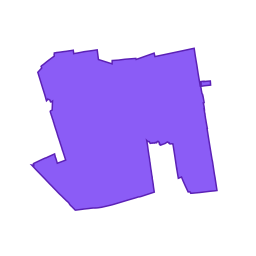 the district of Colceag, Prahova, Romania, rotated 100°
{"feature_id": "2599482B36947039095978", "entity_name": "Colceag", "entity_type": "district", "adm_level": 2, "iso_a3": "ROU", "parent_name": "Romania", "parent_adm1": "Prahova", "projection": "robinson", "projection_center": [26.382, 44.938], "detail": "fine", "context": "isolated", "style": "filled", "palette": "violet", "viewbox_px": 256, "rotation_deg": 100, "n_neighbors": 0, "source": "geoboundaries", "source_scale": "gbopen_adm2", "svg_char_len": 5334}
<svg xmlns="http://www.w3.org/2000/svg" viewBox="0 0 256 256"><g transform="rotate(100 128 128)"><path d="M88.8,226.5L104.0,218.7L109.0,216.1L112.7,214.3L113.8,213.8L115.0,213.2L115.4,213.0L115.0,212.7L114.6,212.5L114.4,212.4L113.7,212.3L113.5,212.2L113.6,211.9L113.7,211.7L113.8,211.6L113.7,211.3L113.6,211.2L113.7,210.7L113.9,210.3L114.0,209.9L114.2,209.6L114.4,209.4L114.6,209.4L115.3,209.1L115.5,209.0L115.7,208.8L115.8,208.6L115.7,208.3L115.6,208.1L115.4,207.9L115.1,207.5L114.6,207.0L122.2,206.0L122.6,205.9L123.3,205.9L123.5,205.9L123.7,206.1L123.9,206.3L124.2,206.8L124.7,207.3L124.8,207.4L125.0,207.5L125.9,207.2L126.4,206.9L126.7,206.8L127.1,206.5L127.6,206.3L128.0,206.1L128.6,205.8L129.1,205.5L129.9,205.0L130.4,204.8L130.7,204.7L130.8,204.6L131.4,204.3L132.5,203.7L133.5,203.1L133.9,202.9L134.5,202.7L135.9,201.9L137.6,201.1L139.3,200.2L140.7,199.5L142.9,198.3L145.1,197.1L146.6,196.4L149.3,195.0L150.5,194.3L152.2,193.4L153.5,192.7L154.9,192.0L157.7,190.5L159.4,189.6L161.1,188.8L162.4,188.0L164.0,187.2L164.5,186.9L170.4,183.8L171.7,185.9L175.0,191.5L173.2,192.4L171.8,193.1L170.2,193.9L170.0,194.0L169.9,194.2L169.8,194.3L169.6,194.4L169.4,194.5L167.6,195.2L167.1,195.5L166.3,195.8L169.1,199.9L170.6,202.1L171.5,203.3L172.0,204.4L172.9,205.7L173.3,206.3L178.9,214.2L179.5,214.9L179.9,214.7L180.1,214.5L180.2,214.4L180.4,214.4L180.5,214.5L180.8,214.6L181.0,214.5L180.9,214.8L181.0,215.1L181.1,215.8L181.2,216.0L181.2,216.4L185.2,211.1L192.8,200.6L193.5,199.7L196.9,195.1L197.7,193.9L198.1,193.4L198.8,192.3L199.5,191.5L202.4,187.4L203.1,186.5L204.9,184.0L206.7,181.2L207.5,180.1L208.0,179.4L209.0,177.9L210.6,175.6L210.7,175.3L210.7,175.2L210.8,174.9L211.1,174.6L212.0,173.4L212.2,173.2L212.4,172.9L213.1,172.4L213.3,172.2L213.7,171.7L214.0,171.5L214.2,171.2L214.4,171.0L214.5,170.7L215.0,169.9L215.8,168.8L216.8,167.4L217.2,166.8L217.6,166.4L217.8,166.1L217.9,165.9L218.0,165.4L217.9,165.1L216.2,159.6L215.5,157.5L214.9,155.4L214.1,152.6L213.3,150.1L212.8,148.3L212.7,147.5L212.5,146.6L212.1,144.8L211.4,142.4L211.2,142.0L210.9,140.9L210.2,139.2L208.6,135.4L207.7,133.3L206.7,131.0L205.8,129.1L204.3,126.1L198.7,115.0L195.3,108.1L194.1,105.9L193.8,104.7L193.3,103.5L186.6,91.0L181.5,92.7L179.1,93.4L175.6,94.6L173.7,95.3L172.4,95.6L171.5,95.9L170.0,96.5L166.5,97.6L164.0,98.5L158.2,100.3L157.0,100.8L155.5,101.2L154.8,101.4L153.4,101.9L151.7,102.5L150.1,103.1L149.6,103.2L147.6,103.9L144.1,105.0L141.5,105.8L139.4,106.6L138.0,107.0L137.0,107.4L137.4,106.8L137.6,106.3L137.8,105.9L137.9,105.6L137.9,105.3L137.8,105.0L137.7,104.9L137.7,104.7L137.8,104.6L138.0,104.4L138.4,104.2L138.8,103.9L139.1,103.7L139.3,103.4L139.2,103.2L138.9,102.5L138.8,102.3L138.8,102.1L138.8,101.8L138.7,101.4L138.6,101.2L138.4,101.1L138.4,100.9L138.3,100.7L138.3,100.4L138.3,100.1L138.4,99.9L138.4,99.6L138.2,99.3L138.0,99.1L137.8,99.0L137.6,98.8L137.5,98.7L137.6,98.3L137.8,98.1L137.8,97.9L137.8,97.7L137.5,97.2L137.3,97.2L137.1,97.1L136.9,97.1L136.6,97.1L136.4,97.0L136.3,96.8L136.2,96.6L136.1,96.4L135.9,96.2L136.0,95.9L136.3,95.8L136.4,95.7L136.5,95.5L136.5,95.3L136.5,95.2L136.6,94.8L136.8,94.7L137.1,94.6L137.7,94.5L137.8,94.5L138.2,94.4L138.3,94.3L138.5,94.2L138.5,93.9L138.5,93.6L138.5,93.4L138.9,93.5L139.1,93.5L139.2,93.4L139.3,93.2L139.2,92.9L139.0,92.5L138.7,92.0L138.1,91.1L136.8,88.8L136.5,88.5L136.3,88.2L136.0,88.0L135.8,87.7L135.4,87.4L134.9,86.8L134.9,86.7L135.0,86.5L135.1,86.4L135.2,86.2L135.3,85.6L135.3,85.3L135.2,85.2L135.3,85.0L135.9,85.0L136.0,84.9L136.1,84.7L136.1,84.3L136.3,84.2L136.4,83.8L136.3,83.4L135.9,82.1L135.8,81.7L136.1,81.3L136.0,81.0L138.8,80.0L147.0,77.2L153.6,75.0L159.3,73.1L159.2,73.0L160.0,72.7L160.1,72.8L168.8,69.7L167.0,66.8L168.9,65.6L170.5,64.6L175.7,61.1L176.5,60.5L180.5,57.7L180.4,57.1L180.2,56.2L180.2,55.9L180.4,55.5L180.8,55.2L181.0,55.2L181.4,54.9L181.0,53.2L179.1,46.2L175.9,35.7L174.9,32.0L174.2,29.8L174.1,29.5L169.1,31.2L163.2,33.2L161.7,33.7L159.0,34.7L156.4,35.6L155.2,36.0L146.8,38.8L146.0,39.1L145.2,39.4L144.6,39.7L127.2,45.8L114.7,50.1L114.6,49.8L113.9,50.1L113.3,50.3L112.0,50.8L111.6,51.0L111.2,51.1L107.9,52.3L107.0,52.6L106.6,52.7L105.8,53.1L105.1,53.3L104.3,53.6L103.5,53.8L103.0,54.0L101.9,54.4L100.8,54.6L100.5,54.8L100.4,54.9L96.3,56.3L96.4,56.0L93.8,56.8L93.0,57.1L90.2,58.2L89.8,57.4L83.8,59.6L83.1,59.9L83.2,60.0L82.7,60.2L82.2,60.3L81.8,60.5L81.3,61.1L80.8,61.3L77.9,62.4L76.0,63.0L75.8,63.1L75.2,63.4L74.3,63.7L73.7,61.7L73.1,59.9L71.9,55.8L71.4,54.1L70.1,54.4L67.4,55.1L68.1,57.8L68.5,59.3L68.9,60.6L69.1,61.4L68.8,61.4L69.1,62.7L69.6,64.2L72.6,63.5L73.8,63.2L74.1,64.2L72.9,64.6L72.0,64.9L62.2,68.4L54.5,71.0L48.9,73.0L44.9,74.4L38.0,76.7L43.0,89.0L53.0,113.9L49.7,115.3L59.1,131.9L58.1,132.4L60.9,143.2L62.8,149.2L64.3,155.3L67.6,154.8L65.7,169.0L56.4,171.9L57.5,175.2L58.7,178.9L60.4,184.3L62.6,189.9L63.4,192.1L63.5,192.6L63.7,193.1L63.8,193.5L64.0,193.9L64.2,194.4L63.7,194.5L62.9,194.8L61.9,195.1L61.7,195.2L61.2,195.3L60.9,195.4L61.6,197.4L62.3,199.5L62.9,201.3L63.1,201.7L63.2,202.2L63.3,202.6L63.5,203.0L63.7,203.9L64.2,205.4L64.8,207.2L65.4,209.1L66.1,211.6L66.3,211.9L66.9,213.6L67.9,213.5L68.3,213.5L68.6,213.5L69.2,213.3L70.0,213.1L72.2,215.2L72.8,215.8L73.6,216.5L74.5,217.4L76.7,219.4L78.2,220.7L78.8,221.2L80.5,222.7L81.4,223.6L81.9,224.0L82.4,224.3L83.9,223.4L84.2,223.6L88.8,226.5Z" fill="#8b5cf6" stroke="#5b21b6" stroke-width="1.5"/></g></svg>